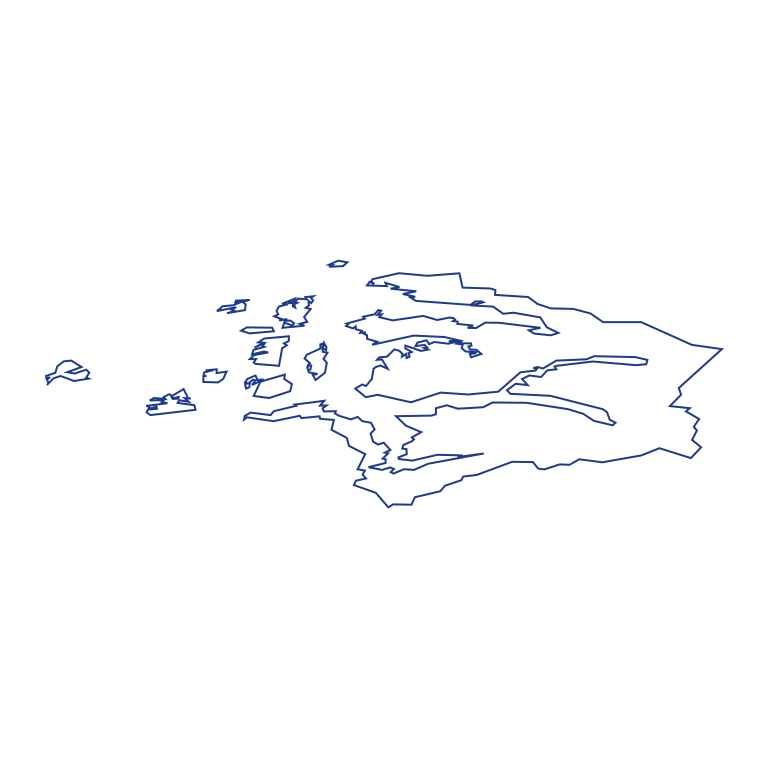 Rødøy nor, Nordland, Norway (Robinson projection)
{"feature_id": "86288312B63422016976384", "entity_name": "Rødøy nor", "entity_type": "district", "adm_level": 2, "iso_a3": "NOR", "parent_name": "Norway", "parent_adm1": "Nordland", "projection": "robinson", "projection_center": [13.227, 66.575], "detail": "fine", "context": "isolated", "style": "outline", "palette": "blue", "viewbox_px": 768, "rotation_deg": 0, "n_neighbors": 0, "source": "geoboundaries", "source_scale": "gbopen_adm2", "svg_char_len": 6117}
<svg xmlns="http://www.w3.org/2000/svg" viewBox="0 0 768 768"><path d="M459.4,273.3L427.4,275.8L399.0,273.2L372.4,279.2L371.4,281.2L374.2,284.2L369.7,281.8L367.0,285.4L386.9,286.1L385.4,282.8L399.4,287.0L390.6,288.7L416.3,291.3L402.8,294.0L415.2,296.8L410.4,297.4L416.0,300.9L470.4,304.9L475.2,301.5L481.5,301.4L483.3,302.3L470.9,305.4L493.1,306.6L503.3,313.8L513.4,312.7L540.3,317.4L546.8,327.3L558.3,332.9L551.0,335.3L534.3,333.6L528.8,330.3L540.5,327.8L499.2,322.8L485.4,322.6L476.1,328.0L467.5,327.9L473.2,325.5L457.4,323.9L457.7,321.6L453.0,321.0L455.0,319.5L453.6,318.1L449.4,317.6L437.2,320.0L423.2,315.9L392.8,320.4L379.3,317.2L381.8,314.3L377.4,314.9L381.1,310.8L378.5,310.0L374.6,314.3L363.1,316.7L364.8,318.6L346.6,323.6L348.0,324.4L346.1,326.0L353.1,328.4L355.7,326.4L355.9,329.3L361.8,330.8L360.2,332.9L365.7,332.3L363.7,333.6L367.0,335.3L367.2,338.9L377.2,341.7L372.2,344.8L413.6,335.6L444.4,337.0L461.6,341.0L458.8,343.3L471.0,343.4L471.5,345.7L468.4,346.5L470.1,349.5L476.5,349.8L481.4,354.0L471.1,357.3L469.8,353.8L475.3,353.3L476.3,352.1L465.6,351.5L461.7,348.2L462.7,344.6L456.4,343.6L458.3,342.2L453.7,341.0L448.9,341.1L452.8,342.6L448.4,343.7L434.2,342.0L429.2,344.2L426.6,340.3L417.4,342.6L415.6,346.1L424.6,344.9L427.1,347.4L424.2,347.9L428.1,349.6L420.9,350.9L405.5,345.6L405.3,348.3L411.7,352.0L408.7,353.2L409.6,356.7L406.6,358.0L406.3,353.9L402.0,356.6L402.6,354.0L399.3,350.8L394.4,349.4L386.9,356.7L379.4,357.3L377.1,359.8L381.9,359.4L387.7,368.8L380.4,365.5L375.8,367.0L373.5,368.8L371.8,379.0L366.0,386.0L362.2,384.5L355.3,388.6L365.8,397.2L377.7,394.8L411.0,402.3L440.6,392.6L468.2,394.5L498.2,391.7L520.4,372.3L535.5,370.6L536.8,368.9L533.4,368.0L537.4,367.0L543.0,368.5L556.3,360.6L586.5,359.3L594.2,356.2L635.5,357.1L647.4,359.9L646.3,364.2L636.2,365.2L592.9,361.5L556.8,365.8L554.6,366.6L556.4,369.3L547.4,370.3L541.1,377.0L529.3,375.5L522.1,379.0L527.7,385.1L515.6,383.8L507.0,390.2L510.3,393.8L550.3,395.8L602.9,409.2L607.0,412.2L609.7,419.7L615.5,422.7L612.6,425.3L593.8,420.8L583.2,413.8L568.2,409.2L526.8,402.8L492.5,402.5L483.2,407.2L457.9,408.7L446.8,405.3L436.0,408.2L435.9,414.2L431.6,415.6L396.0,416.2L406.1,425.8L421.2,432.1L411.8,437.5L414.0,439.4L411.7,441.4L403.3,445.0L402.3,448.6L406.5,449.1L406.7,454.2L398.4,457.4L399.1,459.1L412.4,460.6L437.4,454.8L462.7,455.4L457.7,457.0L483.8,453.5L428.3,463.7L413.9,469.9L404.0,469.2L393.4,473.6L390.8,472.2L393.9,469.0L390.2,467.4L382.1,469.9L368.5,467.2L385.5,463.0L385.7,459.3L382.7,458.6L388.1,453.4L384.9,452.6L390.4,450.0L383.7,442.7L378.0,444.6L373.1,441.6L370.6,433.6L374.6,429.4L371.0,422.8L362.3,421.1L357.7,416.9L350.9,419.4L339.1,415.8L334.9,413.4L335.8,411.2L323.8,411.4L322.6,408.4L326.5,405.5L320.0,405.6L324.2,400.8L294.6,404.6L296.1,405.8L273.8,411.2L270.6,415.1L250.6,412.6L244.8,415.9L244.0,419.6L246.9,417.3L273.6,421.2L299.7,415.8L301.5,418.1L319.6,416.3L320.1,418.8L333.9,419.9L331.5,429.8L346.8,437.9L349.0,445.9L365.2,454.1L357.6,469.3L364.9,470.6L362.6,474.7L366.0,478.5L355.9,480.7L353.9,485.1L375.8,492.8L388.3,507.3L393.1,504.4L411.5,504.7L414.9,497.2L440.4,491.2L445.0,485.7L461.3,480.2L463.3,476.5L476.6,475.0L512.1,461.8L533.0,462.1L538.2,468.6L544.4,469.4L559.7,464.4L569.6,464.8L579.2,459.3L602.4,462.3L641.4,455.4L659.5,448.2L690.9,458.1L701.1,447.3L692.1,439.9L696.9,430.5L693.8,426.8L699.1,419.0L686.0,411.4L689.8,408.2L669.9,406.1L681.1,394.7L678.8,388.0L721.9,349.1L692.0,344.9L641.1,322.1L603.0,322.1L590.6,313.5L573.3,308.9L550.9,308.4L537.6,304.0L528.1,297.0L495.0,294.9L495.4,290.0L490.4,288.5L462.6,287.6L459.4,273.3ZM313.3,296.3L305.4,297.1L306.6,299.3L297.7,298.6L295.2,302.3L297.2,302.8L294.1,304.2L295.2,307.6L292.8,306.3L293.2,303.1L288.1,303.2L293.8,301.6L295.0,298.6L282.0,303.8L287.9,304.2L278.8,306.6L276.6,311.0L278.2,314.4L274.2,316.3L282.6,319.4L279.1,320.5L287.3,319.1L283.5,321.1L290.2,320.5L294.0,323.2L292.5,325.5L284.3,322.7L282.5,327.8L304.5,325.7L299.7,323.8L307.2,321.9L304.1,317.0L310.7,309.0L305.7,307.8L309.0,305.4L308.4,300.8L311.3,303.1L313.1,300.4L311.0,297.9L313.3,296.3ZM288.9,336.3L264.3,338.5L258.3,342.4L263.9,342.8L254.4,347.6L265.2,342.8L262.4,346.4L264.1,346.9L253.6,349.9L252.0,354.4L264.0,351.5L268.2,352.5L254.3,355.0L249.9,359.0L256.1,359.1L253.7,362.5L255.5,363.9L279.0,365.8L282.1,348.4L286.8,345.3L284.0,343.4L288.7,341.1L288.9,336.3ZM195.5,409.8L194.3,405.2L177.7,402.9L179.2,400.2L188.7,401.8L184.6,398.1L190.8,398.7L188.0,397.9L183.6,389.1L172.1,395.9L172.9,398.3L178.7,397.0L178.4,398.6L172.6,398.9L170.6,394.8L168.9,394.3L163.6,397.1L165.4,399.0L154.0,398.0L149.7,400.5L163.8,400.1L161.8,401.9L167.4,403.2L146.3,405.9L149.3,406.9L148.6,408.9L157.3,406.4L154.0,408.1L157.8,408.7L147.9,409.6L146.6,412.3L150.4,415.1L195.5,409.8ZM284.8,374.6L260.4,381.7L253.7,396.0L269.2,398.0L290.2,391.2L291.9,384.1L284.2,378.9L284.8,374.6ZM88.6,378.6L86.2,377.6L89.3,372.7L86.3,369.7L74.9,373.5L67.3,372.2L81.5,367.0L71.3,360.6L63.8,361.3L57.3,366.4L55.3,372.8L46.1,375.9L46.4,378.3L50.1,377.2L46.9,379.6L48.6,383.1L46.9,385.0L53.6,378.3L60.6,376.0L74.1,381.0L88.6,378.6ZM324.0,342.9L323.1,347.7L322.3,343.8L320.3,344.4L320.5,348.5L306.8,354.7L304.6,358.5L309.9,363.2L307.8,365.2L307.1,368.7L308.5,365.3L311.2,365.5L310.4,369.6L308.0,369.8L308.9,372.4L317.5,373.9L312.8,375.0L315.6,380.0L325.0,372.7L326.8,362.7L323.5,358.9L327.5,352.6L322.8,351.8L322.6,348.4L326.1,350.0L326.5,347.5L324.0,342.9ZM216.7,369.3L205.5,370.4L213.3,370.1L204.2,372.4L203.4,375.6L206.5,375.9L203.4,376.3L203.4,382.0L218.2,382.4L223.3,378.8L226.6,371.6L216.6,373.1L216.7,369.3ZM249.8,299.9L235.2,300.7L238.0,302.0L235.3,302.6L235.7,303.2L240.7,301.2L242.3,301.5L233.1,305.3L222.8,306.2L216.9,311.1L236.3,307.2L231.6,309.6L234.8,311.0L227.0,313.2L245.0,310.1L245.7,304.4L242.5,301.8L249.8,299.9ZM272.2,327.7L246.8,327.4L241.1,330.7L249.6,333.4L273.9,331.3L272.2,327.7ZM255.5,375.5L247.5,378.9L245.1,382.3L248.1,383.4L245.1,383.9L246.0,388.5L249.5,387.2L249.6,382.3L253.0,379.7L255.5,380.4L252.0,385.0L263.6,379.4L257.5,380.0L255.5,375.5ZM338.2,260.7L329.1,264.7L332.3,265.0L329.1,266.8L343.0,266.1L347.3,262.3L338.2,260.7Z" fill="none" stroke="#1e3a8a" stroke-width="2"/></svg>